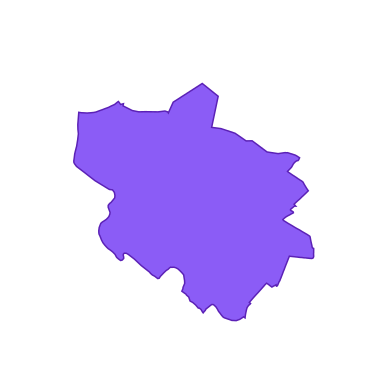 the district of Al Khanka, Al Qalyubiyah, Egypt, rotated 300°
{"feature_id": "37247803B26389200974070", "entity_name": "Al Khanka", "entity_type": "district", "adm_level": 2, "iso_a3": "EGY", "parent_name": "Egypt", "parent_adm1": "Al Qalyubiyah", "projection": "albers", "projection_center": [31.361, 30.23], "detail": "fine", "context": "isolated", "style": "filled", "palette": "violet", "viewbox_px": 384, "rotation_deg": 300, "n_neighbors": 0, "source": "geoboundaries", "source_scale": "gbopen_adm2", "svg_char_len": 5853}
<svg xmlns="http://www.w3.org/2000/svg" viewBox="0 0 384 384"><g transform="rotate(300 192 192)"><path d="M223.7,77.5L222.6,76.6L220.6,74.9L218.7,73.4L216.7,71.7L214.8,70.1L213.3,68.9L211.8,67.2L209.5,64.0L208.5,62.5L208.1,62.0L206.8,59.4L205.3,56.5L204.4,54.1L193.3,59.4L189.2,61.9L185.6,64.5L180.0,66.9L174.0,69.2L171.8,69.8L169.3,70.5L166.3,71.4L162.3,73.1L159.8,74.1L158.6,74.9L157.8,76.0L156.4,79.2L155.1,89.3L154.8,91.5L154.5,93.5L153.3,102.3L152.9,117.8L152.9,119.2L154.1,122.1L152.8,125.0L150.3,127.1L148.2,128.0L144.9,127.5L142.5,127.1L140.9,126.4L138.6,126.1L136.9,127.0L133.4,131.2L131.8,131.9L129.2,132.3L127.4,132.0L125.5,131.5L123.2,130.4L121.1,129.3L119.3,128.7L118.5,128.8L116.6,129.1L114.8,129.4L111.9,130.6L110.3,131.6L109.1,132.5L107.7,134.5L105.2,137.6L103.5,140.3L102.4,143.0L101.5,145.8L101.0,147.8L100.9,149.8L100.7,151.5L100.4,153.4L99.5,156.6L98.5,158.1L97.7,159.5L97.3,161.4L97.1,162.9L97.0,164.5L98.3,165.7L99.5,165.9L100.2,166.1L101.0,165.7L101.7,165.2L102.7,164.2L103.9,163.6L105.1,163.9L106.1,165.8L106.1,167.3L106.1,168.1L105.1,175.6L102.9,184.9L101.4,195.3L100.9,196.4L100.6,197.6L100.3,199.2L100.4,201.8L99.9,205.6L100.5,206.3L100.9,206.7L103.1,206.8L105.1,207.3L108.0,208.0L111.1,208.9L113.2,210.0L115.1,210.5L116.2,211.1L116.5,211.9L117.9,214.1L118.1,215.1L118.3,215.8L118.4,218.1L117.9,220.5L117.1,223.4L116.1,226.2L113.6,228.2L111.5,229.9L109.1,231.4L105.0,231.9L103.6,232.5L101.8,232.7L101.0,232.8L100.7,235.5L100.5,237.9L100.0,238.7L99.4,241.7L97.5,243.8L96.6,244.9L96.7,247.9L96.0,251.6L94.6,255.5L95.1,256.3L94.8,258.5L93.2,261.3L92.9,262.1L94.3,262.3L96.0,262.7L97.6,262.6L103.2,264.8L104.5,265.4L105.2,266.9L104.5,270.1L103.4,272.3L101.9,274.7L101.0,277.0L100.1,279.0L99.3,281.2L99.2,282.9L99.5,284.3L99.9,286.5L100.3,288.3L100.7,290.7L101.5,292.2L102.6,294.4L102.9,294.8L103.8,295.5L105.5,297.0L107.4,298.0L109.7,299.1L109.5,300.3L109.5,300.9L110.6,300.4L113.1,299.4L114.6,298.9L117.4,298.0L118.6,297.7L119.6,297.5L120.8,297.6L122.3,297.7L123.2,298.2L124.7,298.5L125.1,296.8L127.3,297.3L130.0,297.8L132.0,298.2L133.9,298.6L135.7,299.0L137.0,299.3L137.8,299.5L139.3,299.8L141.2,300.2L143.1,300.6L145.6,301.1L146.5,301.3L147.2,301.4L147.7,301.5L148.2,301.6L148.6,301.7L149.2,301.9L149.7,302.0L150.3,302.2L150.3,303.1L150.2,303.6L150.2,304.2L150.1,304.8L150.0,305.7L149.9,306.3L149.8,307.0L149.7,307.8L149.6,308.7L150.5,309.3L151.1,309.5L151.5,309.8L152.1,310.3L152.8,310.7L153.3,311.0L153.7,311.2L153.0,311.8L152.7,312.2L153.0,312.5L153.4,312.8L153.9,312.8L155.6,312.6L157.1,312.4L158.2,312.3L158.7,312.4L159.4,312.4L160.1,312.2L161.0,312.1L161.5,312.0L162.0,312.0L162.6,311.9L163.0,311.8L163.4,311.7L163.8,311.7L164.4,311.6L165.0,311.5L165.7,311.4L166.3,311.3L167.4,311.1L168.6,310.9L169.8,310.7L170.2,310.7L170.9,310.6L171.5,310.5L172.0,310.4L172.6,310.3L173.2,310.2L173.9,310.1L174.5,310.0L175.1,309.9L175.7,309.8L176.3,309.7L177.3,309.6L178.4,309.4L179.1,309.3L180.0,309.2L180.4,309.1L183.0,308.7L184.0,308.6L185.1,308.4L185.5,309.4L185.7,310.0L186.0,310.5L186.2,311.0L186.5,311.7L186.8,312.3L187.5,313.9L188.3,315.7L188.6,316.4L188.9,317.2L189.2,317.8L189.3,318.2L189.6,318.8L190.0,319.5L190.2,320.0L190.5,320.6L190.7,321.2L191.3,322.5L191.5,322.9L191.8,323.4L192.0,323.9L192.2,324.5L192.5,325.1L192.7,325.5L193.0,326.2L193.3,326.9L193.5,327.4L193.8,327.9L194.0,328.5L194.5,329.2L195.1,329.7L195.7,329.9L196.2,329.8L196.8,329.7L197.4,329.4L198.0,329.0L198.5,328.7L198.9,328.4L199.6,328.0L200.1,327.8L200.8,327.4L201.5,327.0L202.2,326.6L202.9,326.2L203.7,325.8L204.0,325.5L203.9,325.0L203.8,324.4L204.1,323.9L204.6,323.4L205.2,322.9L205.6,322.6L206.0,322.2L208.8,319.6L211.5,317.3L212.2,316.7L212.6,316.1L212.8,313.2L212.8,308.9L212.8,306.8L212.9,304.7L212.9,303.4L212.8,301.2L212.8,298.9L212.9,295.4L212.9,294.5L212.9,293.9L212.9,292.6L212.9,291.8L212.9,290.4L213.0,288.6L213.1,285.6L213.5,284.5L214.0,284.6L214.4,284.7L214.9,284.9L215.3,285.0L215.9,285.2L216.3,285.4L216.7,285.5L217.1,285.7L217.5,285.9L218.0,286.1L218.4,286.4L219.0,286.7L219.4,287.0L219.9,287.2L220.5,287.7L221.0,288.0L221.5,288.3L222.1,288.6L222.6,288.9L223.1,289.3L223.6,289.5L224.1,289.9L224.7,290.2L225.3,289.7L225.4,289.2L225.5,288.3L225.4,287.7L225.4,286.9L225.7,286.2L226.3,286.1L226.7,286.2L228.1,286.7L229.1,287.1L230.1,287.4L230.7,287.7L231.1,288.0L231.4,288.5L231.6,288.9L232.1,287.5L232.5,286.5L237.2,287.9L239.7,288.8L242.2,289.5L242.7,289.6L244.5,290.2L245.9,290.6L247.8,291.2L248.3,291.3L249.7,291.7L251.2,292.1L252.5,289.4L254.3,286.1L255.0,284.9L255.9,283.5L256.2,282.8L256.3,282.0L256.4,280.8L256.4,280.3L256.4,279.7L256.4,279.2L256.5,278.6L256.5,277.9L256.5,277.2L256.6,276.7L256.6,276.3L256.7,275.8L256.7,275.1L256.8,274.5L256.8,274.0L256.8,273.5L256.9,272.7L256.9,271.8L256.9,271.2L257.0,270.5L257.0,269.7L257.1,269.2L257.1,268.6L257.2,268.0L257.2,267.4L257.2,267.0L257.3,266.3L257.3,265.8L257.4,265.2L257.6,264.4L258.1,264.5L258.7,264.7L259.3,264.8L259.7,265.0L260.2,265.1L260.6,265.2L261.8,265.5L262.3,265.6L262.8,265.7L263.2,265.8L263.7,265.8L264.3,265.8L264.9,265.8L265.4,265.8L266.2,265.7L267.0,265.8L267.6,265.8L268.1,265.9L268.6,266.1L269.2,266.2L269.9,266.4L270.4,266.6L271.0,266.9L271.7,267.3L271.9,267.8L272.2,268.1L272.8,268.2L273.4,268.3L273.9,268.2L274.3,268.2L274.8,268.1L275.4,268.1L275.5,267.2L275.5,266.3L275.6,265.6L275.6,265.0L275.6,264.0L275.6,263.2L275.4,262.1L275.2,261.2L275.1,260.7L274.9,259.7L274.7,258.9L274.5,258.2L274.4,257.6L274.2,257.0L274.2,256.5L274.0,256.0L273.9,255.3L273.7,254.9L273.3,254.3L272.9,253.7L272.8,253.1L268.3,247.4L264.2,237.0L266.4,218.5L263.3,213.3L264.4,199.9L261.4,185.4L257.8,176.7L288.0,166.8L291.1,146.6L260.4,130.8L248.6,132.0L249.2,130.9L248.6,128.1L244.4,122.5L238.2,111.4L234.8,105.8L232.7,99.6L232.1,89.2L234.2,88.5L232.1,86.4L232.9,84.7L233.6,83.0L232.8,82.6L229.1,81.2L225.9,78.9L223.7,77.5Z" fill="#8b5cf6" stroke="#5b21b6" stroke-width="1.5"/></g></svg>